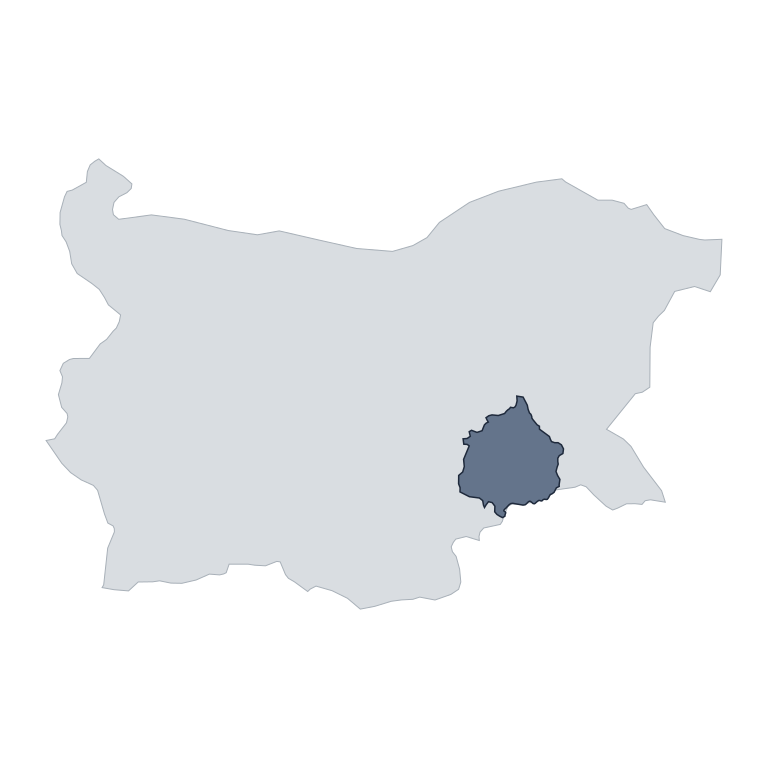 location of Yambol within Bulgaria
{"feature_id": "BGR-2255", "entity_name": "Yambol", "entity_type": "Province", "adm_level": 1, "iso_a3": "BGR", "parent_name": "Bulgaria", "parent_adm1": "", "projection": "orthographic", "projection_center": [26.657, 42.284], "detail": "fine", "context": "in_parent", "style": "filled", "palette": "slate", "viewbox_px": 768, "rotation_deg": 0, "n_neighbors": 0, "source": "natural_earth", "source_scale": "10m", "svg_char_len": 3732}
<svg xmlns="http://www.w3.org/2000/svg" viewBox="0 0 768 768"><path d="M665.3,502.2L650.4,499.8L645.2,500.7L642.0,504.4L635.1,503.7L626.5,503.8L617.7,508.1L612.7,510.0L606.1,506.2L593.7,494.8L586.2,486.8L580.7,484.8L575.1,487.2L555.2,490.0L550.5,494.8L541.3,500.0L532.1,502.4L518.8,504.2L511.8,504.0L507.9,506.5L504.6,514.0L502.3,521.4L500.3,524.4L483.7,528.0L480.0,532.2L479.0,536.4L479.3,540.5L466.1,536.5L455.8,539.1L453.4,542.2L451.2,546.8L452.4,551.7L456.1,556.4L459.6,569.2L460.8,582.0L458.6,589.3L450.9,594.4L435.0,600.0L419.7,597.1L412.9,599.3L401.6,599.9L391.1,601.3L374.9,606.3L360.3,609.1L347.5,598.3L332.1,590.7L316.0,586.1L310.2,589.1L307.7,591.5L294.4,581.8L288.4,578.3L285.5,574.6L280.2,561.9L276.8,561.4L265.5,565.8L254.8,565.2L248.3,564.2L229.1,564.2L226.2,572.7L223.8,573.9L219.6,574.9L209.4,574.1L196.1,580.0L181.9,583.3L170.9,583.1L159.6,580.8L152.8,581.8L138.2,582.0L128.5,590.9L114.1,589.7L102.1,587.6L103.7,584.8L107.7,548.1L114.4,531.9L114.3,528.6L113.1,525.9L107.9,523.1L104.5,514.0L97.6,490.3L93.4,485.4L81.2,479.9L70.6,472.6L61.8,463.3L46.1,440.5L54.7,438.8L57.5,434.4L66.5,422.8L67.8,416.9L67.1,413.5L61.7,407.4L58.4,394.6L61.9,382.9L62.5,376.8L59.9,370.6L63.3,363.3L69.5,359.5L73.4,358.5L89.4,358.4L100.2,343.9L106.6,339.4L113.2,331.1L116.3,328.1L119.3,321.6L120.6,314.9L108.4,304.9L104.5,297.5L99.3,289.4L92.0,283.6L77.2,273.5L71.7,263.8L69.7,251.4L66.1,241.8L62.0,235.5L61.4,230.6L59.9,224.4L60.1,212.5L64.5,196.8L67.1,191.4L72.2,190.1L86.3,182.3L87.4,171.5L90.2,164.9L94.7,161.3L98.8,158.9L105.9,165.5L123.4,176.3L131.9,183.9L131.2,188.5L126.9,192.7L118.9,196.8L114.0,202.4L112.5,209.5L113.4,214.7L118.7,219.3L151.4,214.9L184.2,219.2L228.1,230.5L257.4,234.8L279.2,230.9L319.2,240.1L356.6,248.5L392.5,251.4L412.8,245.6L427.0,237.6L439.4,222.4L469.5,202.4L498.6,191.2L536.5,182.1L561.9,178.8L565.5,181.9L597.9,200.2L612.3,200.2L624.0,203.3L628.3,208.2L631.2,209.4L646.7,204.6L653.7,214.6L664.7,228.6L683.1,235.6L699.5,239.4L704.7,240.0L721.9,239.3L720.2,274.9L710.3,291.7L694.5,286.5L674.7,291.4L664.4,310.4L658.5,316.1L653.2,322.7L650.1,347.2L649.8,387.2L642.3,392.2L635.3,393.7L606.5,429.3L623.4,439.0L631.0,446.4L643.6,467.2L661.6,490.7L665.3,502.2Z" fill="#d9dde1" stroke="#a8b0b8" stroke-width="1"/><path d="M559.2,486.4L556.4,487.8L554.0,492.4L551.9,493.9L550.3,494.5L549.4,496.0L548.5,497.8L547.3,499.3L546.3,499.5L544.3,499.2L543.1,499.7L541.9,500.9L540.9,500.9L539.9,500.5L538.7,500.5L537.5,501.3L536.2,502.4L535.1,503.4L534.2,503.8L533.0,503.5L530.9,501.7L529.9,501.2L528.6,501.6L526.2,504.0L525.1,504.8L523.0,505.1L512.7,503.3L510.7,503.6L508.9,504.9L505.8,508.3L505.0,508.9L504.3,509.6L503.8,510.5L504.0,511.1L505.3,511.9L505.7,512.5L505.6,513.3L505.1,514.6L505.0,515.3L504.9,516.2L504.8,516.3L502.5,517.6L499.7,516.2L496.9,514.4L494.7,511.8L494.9,506.2L492.2,502.6L488.5,501.7L486.1,504.8L484.5,507.5L483.5,505.2L482.7,500.6L479.4,498.0L469.4,496.7L460.0,491.9L460.1,487.7L458.6,483.8L458.7,475.4L462.7,472.0L464.3,466.6L463.6,459.4L469.2,445.9L467.2,444.4L463.8,444.2L463.1,438.8L467.1,438.5L470.3,436.3L469.2,431.7L471.5,430.3L477.0,432.4L482.1,430.7L484.4,424.9L486.2,423.1L488.3,422.1L487.1,420.1L486.0,417.7L488.9,415.7L492.0,414.9L498.3,415.5L504.6,413.5L506.2,411.4L507.9,409.8L509.5,408.7L510.5,407.3L513.4,407.8L514.9,407.0L516.0,405.3L517.1,400.9L516.8,396.1L523.1,397.1L527.3,405.2L528.1,409.3L529.5,413.0L530.9,414.3L531.7,416.3L531.9,418.1L532.8,419.5L537.1,424.8L539.4,426.2L539.5,429.2L549.4,436.5L550.3,439.1L551.5,441.6L554.7,442.7L558.1,442.7L561.4,444.8L563.5,448.9L562.9,453.5L559.3,455.6L557.8,458.2L557.8,461.6L558.2,464.1L557.1,467.2L556.0,471.5L557.6,475.5L559.9,479.4L559.1,484.9L559.2,486.4L559.2,486.4Z" fill="#64748b" stroke="#1e293b" stroke-width="1.5"/></svg>